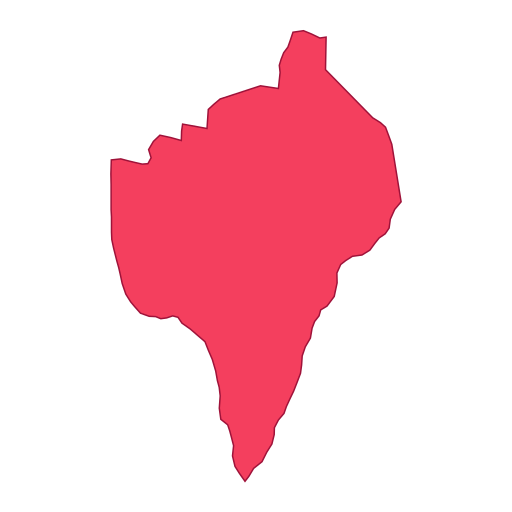 Lamarão, Bahia, Brazil
{"feature_id": "56859067B14062701434656", "entity_name": "Lamarão", "entity_type": "district", "adm_level": 2, "iso_a3": "BRA", "parent_name": "Brazil", "parent_adm1": "Bahia", "projection": "natural_earth1", "projection_center": [-38.916, -11.798], "detail": "fine", "context": "isolated", "style": "filled", "palette": "rose", "viewbox_px": 512, "rotation_deg": 0, "n_neighbors": 0, "source": "geoboundaries", "source_scale": "gbopen_adm2", "svg_char_len": 1545}
<svg xmlns="http://www.w3.org/2000/svg" viewBox="0 0 512 512"><path d="M401.1,201.8L391.8,144.3L388.5,135.2L385.5,127.2L380.5,122.7L372.7,117.8L325.5,69.7L326.1,37.1L319.8,38.0L311.5,34.0L303.5,30.7L293.0,32.2L290.0,41.2L287.9,47.1L283.7,52.7L281.1,59.3L279.3,65.3L280.1,72.5L278.4,88.5L260.5,85.8L220.1,99.0L213.6,104.5L208.3,109.4L207.0,128.5L182.6,124.1L181.6,131.0L181.3,140.5L170.9,137.6L159.9,135.2L153.4,141.4L148.6,149.6L151.1,157.8L147.9,163.7L142.2,164.1L135.1,162.5L128.8,161.0L120.8,158.9L111.3,159.9L110.9,173.8L111.1,184.6L111.1,200.0L111.1,209.7L111.5,217.0L111.5,223.4L111.5,232.3L111.8,239.6L113.6,248.1L116.8,260.8L118.7,267.6L120.2,274.1L122.2,283.5L125.8,294.1L130.7,301.9L134.9,306.9L140.5,313.2L149.2,316.3L155.7,316.6L160.8,318.7L166.7,317.9L172.7,315.9L178.0,317.3L182.0,323.2L190.0,328.8L197.2,335.0L205.0,341.7L208.3,350.1L212.3,359.4L215.7,371.0L217.4,380.6L219.2,387.3L220.2,395.9L219.3,408.2L220.8,419.3L227.7,424.8L229.8,431.1L231.5,437.5L233.6,445.7L232.5,455.9L235.0,466.4L239.5,473.5L245.0,481.3L248.8,476.4L253.6,468.4L262.0,461.7L266.8,452.1L271.9,444.0L274.2,434.6L274.4,427.7L278.4,420.0L284.0,413.4L286.4,406.5L289.8,399.1L293.6,391.2L296.9,382.8L300.5,373.3L301.6,365.0L302.2,355.9L305.3,346.8L310.4,338.1L312.1,328.1L314.6,321.5L319.0,315.9L320.7,309.9L327.0,306.1L334.2,296.5L337.1,282.9L336.9,273.0L340.7,264.5L345.8,260.5L352.4,256.3L362.0,255.0L369.9,250.1L374.8,243.4L379.2,237.9L385.2,233.8L389.1,228.1L390.3,219.2L394.7,209.4L401.1,201.8Z" fill="#f43f5e" stroke="#9f1239" stroke-width="1.5"/></svg>